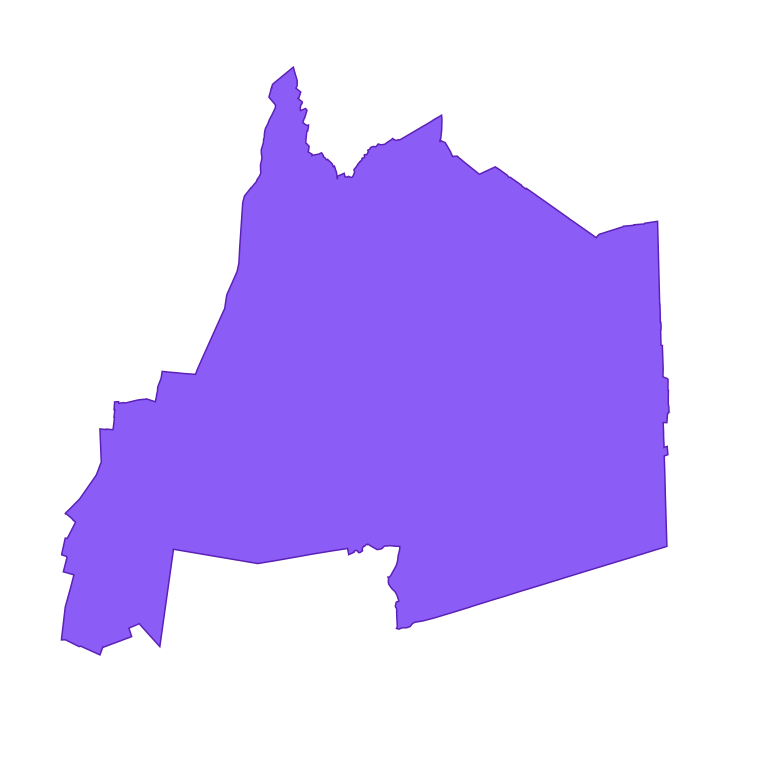 outline of Dalfsen, Overijssel, Netherlands, rotated 97°
{"feature_id": "6326949B30235192202446", "entity_name": "Dalfsen", "entity_type": "district", "adm_level": 2, "iso_a3": "NLD", "parent_name": "Netherlands", "parent_adm1": "Overijssel", "projection": "equal_earth", "projection_center": [6.266, 52.512], "detail": "fine", "context": "isolated", "style": "filled", "palette": "violet", "viewbox_px": 768, "rotation_deg": 97, "n_neighbors": 0, "source": "geoboundaries", "source_scale": "gbopen_adm2", "svg_char_len": 5984}
<svg xmlns="http://www.w3.org/2000/svg" viewBox="0 0 768 768"><g transform="rotate(97 384 384)"><path d="M80.5,512.6L99.5,530.6L100.9,531.3L104.2,531.9L104.2,531.7L104.5,532.0L106.5,532.3L106.9,532.2L113.3,533.2L120.3,525.7L123.0,525.5L130.0,527.8L135.7,530.0L140.2,531.1L144.3,532.7L146.7,533.1L150.7,533.2L153.5,532.9L155.8,533.3L156.8,533.3L158.6,533.1L163.5,533.8L166.3,534.4L169.8,533.9L174.5,532.7L178.5,532.9L180.2,533.2L181.5,533.3L183.3,533.1L187.2,532.5L188.9,532.0L190.2,532.1L191.9,532.6L194.9,533.9L195.8,534.5L196.7,534.9L196.9,534.8L199.4,535.7L200.9,536.8L205.5,539.7L205.4,539.9L214.4,545.4L220.2,546.2L221.5,546.3L265.4,543.9L281.1,542.8L282.4,542.8L290.0,543.5L291.5,543.9L314.6,550.9L315.9,551.0L328.0,551.3L329.9,551.5L330.0,551.6L330.0,551.8L331.8,552.4L382.5,568.1L392.1,571.0L397.4,572.3L398.0,584.5L398.1,590.0L398.5,601.0L398.4,601.2L398.5,605.7L404.8,605.9L406.2,606.1L413.6,608.0L414.6,608.2L419.2,608.0L422.3,608.4L422.9,608.3L425.3,608.4L425.7,608.5L429.5,608.8L427.7,618.2L427.9,618.3L428.2,618.6L428.5,620.4L428.6,621.5L429.0,622.3L429.1,623.6L430.1,627.0L434.5,638.8L434.1,639.8L435.5,644.9L434.1,645.1L433.9,645.3L434.6,649.2L442.5,648.8L442.4,648.0L449.9,648.0L449.9,647.4L462.1,647.4L462.1,647.6L462.4,647.7L462.6,654.3L463.1,654.3L463.2,660.5L496.6,655.0L497.2,655.5L508.9,658.3L510.3,658.9L535.2,672.1L546.9,681.1L550.0,683.7L551.3,684.6L551.8,684.3L551.5,683.9L551.6,683.5L555.6,677.4L557.0,676.0L558.7,673.3L575.2,679.3L575.7,679.7L575.9,680.1L575.8,681.6L592.4,683.2L592.9,683.0L593.8,678.2L594.0,678.0L594.7,677.6L595.6,677.6L609.5,679.4L611.2,668.5L624.1,670.2L644.2,673.2L677.3,673.0L676.8,669.7L676.8,669.0L677.0,668.2L681.7,654.9L681.8,654.4L681.3,653.4L681.3,652.8L687.5,632.9L679.2,631.0L679.4,630.4L679.2,630.0L665.7,604.1L665.4,603.7L657.4,607.4L651.7,597.6L652.9,596.4L653.4,595.9L672.0,574.5L573.7,572.8L577.6,487.4L571.4,466.4L561.1,432.8L555.9,415.0L551.7,400.1L557.7,398.2L554.6,393.2L553.5,393.4L552.5,391.1L552.5,390.8L553.0,390.4L553.0,389.9L554.0,389.1L554.5,388.5L554.3,387.7L554.0,387.0L552.6,385.5L552.4,385.1L551.9,385.0L551.0,385.4L550.0,385.5L547.8,384.7L547.5,383.6L545.5,382.0L545.1,381.4L545.0,380.7L545.3,380.6L545.0,380.1L545.3,379.6L546.1,378.0L549.2,370.7L549.0,370.2L548.8,369.0L548.2,367.5L548.2,367.0L547.4,365.8L546.5,365.2L544.9,363.8L544.4,362.9L544.6,361.6L543.8,359.2L543.7,356.9L543.6,355.8L543.7,354.5L543.6,352.2L543.2,348.5L546.0,348.3L549.8,348.6L552.2,349.0L557.8,349.0L561.1,349.4L563.0,349.8L573.3,354.0L574.4,354.7L575.0,355.3L575.2,355.5L575.2,356.5L576.4,355.8L580.1,355.6L582.3,354.8L585.8,351.7L588.1,348.7L589.1,347.5L590.6,346.4L592.3,345.3L596.7,343.2L597.5,342.9L598.1,343.0L598.4,344.4L599.2,345.3L602.8,345.7L603.9,345.4L604.9,344.5L606.1,344.0L606.7,343.8L607.7,343.8L611.9,343.2L622.8,341.3L624.1,341.4L625.1,341.8L625.5,339.3L623.8,336.3L623.2,332.0L621.6,328.5L618.9,326.9L618.2,326.3L617.3,325.3L616.7,324.3L614.5,316.7L610.3,306.1L606.4,297.2L594.7,270.9L594.2,270.1L583.7,246.8L580.5,239.4L573.3,223.7L562.9,200.2L556.1,185.1L543.4,156.8L525.3,115.9L523.3,111.6L520.9,106.0L520.7,105.7L510.7,83.4L463.4,90.7L439.1,94.3L421.2,97.1L420.6,95.6L419.5,93.6L414.4,94.7L411.4,95.3L412.8,98.4L409.9,98.7L403.2,99.9L397.3,100.7L388.2,102.2L387.9,98.5L378.9,99.0L379.0,98.7L376.9,97.8L376.9,97.6L376.6,97.8L371.9,98.5L371.6,98.6L370.7,98.9L369.9,99.3L362.7,100.2L355.6,100.9L355.6,101.1L355.3,101.1L354.6,101.5L345.1,102.6L344.4,103.0L344.1,103.4L342.9,108.0L334.7,108.8L312.0,112.4L311.9,112.4L311.7,113.8L296.8,116.0L296.7,115.7L292.9,116.0L289.0,116.8L289.1,117.2L271.2,119.8L271.2,120.1L189.2,132.3L192.7,144.9L193.4,145.1L195.5,155.3L196.0,155.2L198.2,165.6L198.8,166.0L209.2,188.7L211.2,190.2L212.9,191.2L200.1,215.1L197.6,220.0L197.7,220.3L197.5,220.5L197.1,220.7L173.9,263.8L172.5,266.5L172.9,266.7L173.6,266.2L170.7,271.4L170.0,271.6L163.5,283.8L163.5,285.3L163.4,285.6L161.8,287.0L156.3,297.0L156.5,297.0L154.9,300.0L164.2,314.9L154.2,331.1L151.3,335.5L149.9,338.0L149.5,338.1L148.9,339.2L149.5,342.6L150.0,343.5L146.9,345.5L145.3,346.3L137.0,352.6L136.2,355.1L135.5,357.3L136.6,357.6L136.6,357.9L135.3,358.3L133.9,357.6L124.8,357.7L113.7,358.8L110.2,359.6L115.1,366.1L116.5,367.9L117.5,368.9L139.6,397.8L140.0,398.8L139.7,399.5L140.4,400.5L140.7,401.6L140.6,402.7L140.2,403.3L140.3,403.8L139.2,405.2L140.6,406.5L143.9,410.4L146.0,412.5L146.9,415.9L146.8,417.2L146.5,419.1L147.2,419.4L149.4,421.0L149.7,421.7L149.4,423.0L150.1,424.7L150.8,426.0L151.5,426.4L152.6,426.7L153.1,427.2L153.7,428.4L153.9,428.5L154.3,428.6L155.3,427.8L158.4,429.1L158.7,429.4L158.8,429.8L158.5,430.8L159.0,431.4L159.6,431.5L160.9,431.0L161.4,431.0L161.9,431.4L162.2,432.7L162.8,433.3L163.3,433.4L164.2,433.4L164.6,433.6L165.3,434.1L165.8,434.3L165.7,434.4L166.1,434.9L166.7,435.4L167.5,435.8L168.1,435.9L169.0,436.9L169.5,436.7L170.7,437.5L171.9,438.0L173.2,438.9L174.0,439.3L174.7,440.0L177.6,439.0L181.7,440.2L182.4,440.7L182.6,440.9L183.0,441.9L182.8,442.3L182.8,443.0L182.2,444.4L182.2,444.7L183.1,445.7L183.4,446.4L183.3,446.7L182.9,447.3L183.0,447.9L179.7,449.2L183.6,455.8L185.8,455.2L185.9,455.4L183.9,456.0L181.2,456.5L179.0,457.3L177.1,458.3L175.0,459.1L173.7,460.0L174.5,460.8L171.8,462.3L171.3,462.8L167.9,467.4L168.4,467.8L168.5,468.2L167.7,469.3L166.6,470.2L165.9,471.8L165.7,471.9L165.0,471.8L162.3,473.9L162.2,474.2L162.2,474.4L163.8,476.8L165.6,482.7L166.0,483.3L164.8,483.3L164.7,483.4L162.8,487.7L161.6,487.3L157.2,487.3L155.0,489.8L154.5,490.9L152.4,491.2L142.4,491.4L142.2,490.6L138.1,490.3L136.2,490.5L136.6,491.3L136.3,493.2L136.0,493.8L134.7,495.7L134.4,496.4L134.1,496.5L133.7,496.5L132.2,495.9L130.4,495.7L129.8,495.2L122.5,493.9L121.6,493.9L120.1,495.4L122.8,500.2L122.0,500.6L120.9,500.7L117.9,500.6L116.1,500.0L115.9,499.9L115.8,499.6L114.0,499.4L113.3,500.5L111.4,503.9L110.9,504.3L110.6,504.1L110.7,503.4L104.4,502.2L101.1,507.5L98.8,506.6L94.0,507.0L92.0,507.7L87.1,509.9L81.2,512.4L80.7,512.4L80.5,512.6Z" fill="#8b5cf6" stroke="#5b21b6" stroke-width="1.5"/></g></svg>